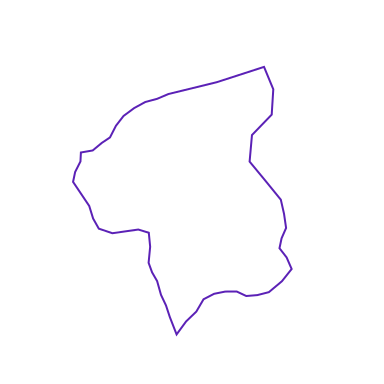 map outline of Lerik (Albers equal-area conic projection), rotated 17°
{"feature_id": "AZE-1709", "entity_name": "Lerik", "entity_type": "District", "adm_level": 1, "iso_a3": "AZE", "parent_name": "Azerbaijan", "parent_adm1": "", "projection": "albers", "projection_center": [48.478, 38.705], "detail": "fine", "context": "isolated", "style": "outline", "palette": "violet", "viewbox_px": 384, "rotation_deg": 17, "n_neighbors": 0, "source": "natural_earth", "source_scale": "10m", "svg_char_len": 776}
<svg xmlns="http://www.w3.org/2000/svg" viewBox="0 0 384 384"><g transform="rotate(17 192 192)"><path d="M127.9,254.7L113.6,254.3L105.2,246.3L97.8,235.4L75.3,217.1L74.4,207.0L76.4,195.4L74.2,186.7L84.9,181.3L91.4,171.4L97.6,163.8L99.9,150.9L104.3,139.3L112.2,128.6L121.0,119.6L131.4,113.1L140.8,105.2L183.5,79.8L224.3,51.3L239.7,70.0L245.6,94.7L232.7,120.0L238.2,146.1L258.8,159.7L279.2,173.4L286.4,186.0L292.5,198.9L291.2,210.1L292.1,220.2L301.6,226.9L309.8,236.5L304.1,251.0L294.8,265.3L284.6,271.5L274.3,275.6L263.9,274.1L252.9,277.5L242.9,282.9L234.4,291.2L231.1,305.1L224.2,317.5L218.9,332.7L207.3,318.0L200.3,308.1L192.4,299.4L184.7,287.4L177.3,280.5L171.2,272.4L168.0,256.6L162.6,243.6L151.6,243.6L127.9,254.7Z" fill="none" stroke="#5b21b6" stroke-width="2"/></g></svg>